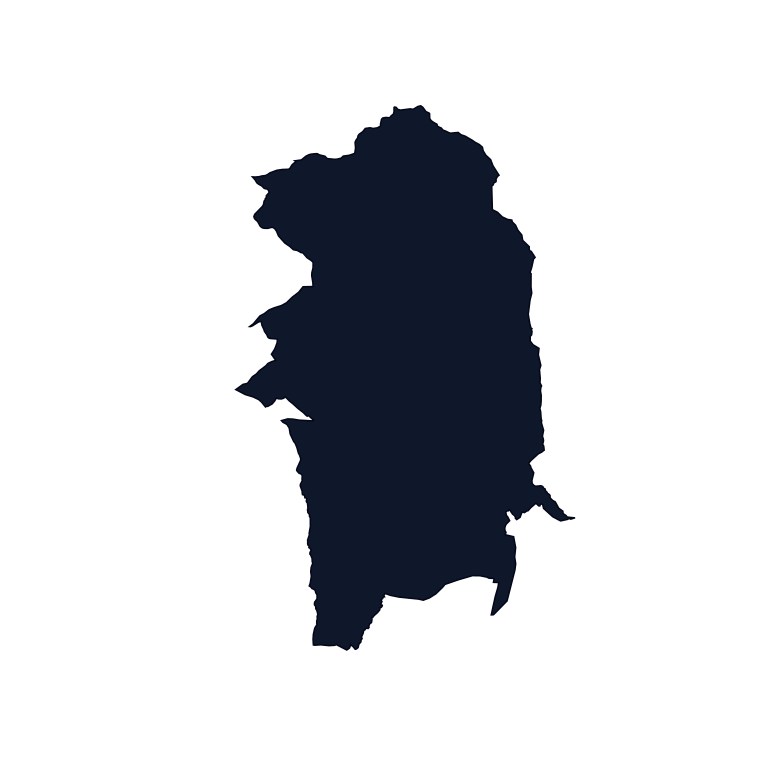 outline of Garbova, Alba, Romania, rotated 131°
{"feature_id": "2599482B63039671608561", "entity_name": "Garbova", "entity_type": "district", "adm_level": 2, "iso_a3": "ROU", "parent_name": "Romania", "parent_adm1": "Alba", "projection": "robinson", "projection_center": [23.722, 45.855], "detail": "fine", "context": "isolated", "style": "filled", "palette": "ink", "viewbox_px": 768, "rotation_deg": 131, "n_neighbors": 0, "source": "geoboundaries", "source_scale": "gbopen_adm2", "svg_char_len": 6171}
<svg xmlns="http://www.w3.org/2000/svg" viewBox="0 0 768 768"><g transform="rotate(131 384 384)"><path d="M485.5,492.2L483.0,481.8L479.6,474.2L478.0,468.4L478.0,464.6L479.1,458.4L478.3,458.2L477.1,457.0L472.3,455.3L468.3,455.4L465.2,456.0L464.5,454.0L462.6,451.6L460.6,450.4L458.4,450.0L458.9,444.2L458.7,439.7L458.9,432.9L458.5,426.2L458.8,422.4L458.7,420.8L457.5,420.5L457.4,419.8L457.5,414.9L457.8,413.4L458.7,413.7L466.9,424.3L470.3,429.8L473.5,433.8L478.9,437.4L479.2,435.2L478.2,430.8L479.4,426.7L483.3,422.0L486.7,414.3L487.0,412.2L489.0,408.2L492.4,403.1L493.0,401.3L494.7,398.3L496.2,396.9L504.3,394.5L506.3,393.5L506.8,392.3L507.1,389.4L506.4,388.0L506.6,385.8L509.8,383.3L510.4,382.4L514.8,381.2L515.9,380.3L518.4,375.8L521.0,373.0L520.2,371.1L521.8,368.9L520.9,367.8L520.9,367.4L521.6,366.7L523.1,366.1L523.8,365.2L524.2,363.5L527.8,359.8L529.3,359.2L529.5,358.6L530.8,357.4L531.3,355.8L531.3,354.6L532.7,353.6L533.5,351.7L539.9,346.1L545.9,342.5L546.6,341.5L552.1,339.2L553.0,338.1L554.3,337.2L555.4,335.9L555.6,334.1L556.8,333.3L556.6,331.9L557.1,330.3L557.9,329.7L559.6,329.4L561.0,328.4L561.1,327.3L562.8,323.9L565.2,321.6L566.0,320.2L570.1,318.7L573.7,316.2L576.8,312.7L582.6,309.1L585.5,307.9L585.2,306.3L585.6,304.1L585.1,302.8L584.9,300.6L586.4,298.4L587.1,296.2L590.1,293.6L594.2,293.2L595.6,292.3L596.4,291.4L596.6,289.7L598.4,288.0L598.9,286.2L601.3,282.8L603.3,282.0L605.3,280.0L606.6,279.6L608.8,277.8L609.3,276.9L613.7,276.1L619.1,273.2L623.2,270.1L627.3,266.1L626.5,264.8L622.4,260.7L617.6,253.9L613.5,249.7L612.0,249.1L609.2,237.6L606.0,236.8L602.7,238.0L602.9,237.3L602.5,236.5L602.5,235.1L603.1,231.7L602.2,231.0L599.9,230.6L597.0,232.2L593.9,232.2L591.9,233.5L590.6,233.4L589.7,235.0L585.8,236.2L583.4,237.6L582.0,237.1L580.6,237.3L579.5,236.7L579.0,235.6L578.2,235.5L577.3,235.7L576.8,236.6L574.1,237.5L573.0,237.0L571.8,237.1L569.5,238.7L568.4,240.0L567.6,239.4L565.3,239.5L560.8,238.9L557.4,239.0L555.4,240.2L554.4,239.5L553.0,239.6L552.3,239.9L552.1,240.5L552.9,241.2L552.8,241.7L549.4,242.9L549.2,244.1L548.6,244.6L548.0,244.7L547.1,244.2L545.2,244.8L544.3,244.0L543.9,245.3L541.4,245.8L539.3,240.5L535.0,232.9L523.6,216.7L521.4,212.5L515.7,209.4L508.4,207.2L499.2,206.4L495.2,206.5L482.9,199.4L470.6,191.5L465.7,185.7L462.3,179.7L461.7,177.4L459.1,174.0L458.8,173.1L461.9,171.3L458.6,167.2L462.8,164.6L471.4,160.6L487.9,151.6L486.5,150.1L485.4,149.9L467.0,148.8L438.4,163.2L433.2,166.7L428.8,171.9L421.1,177.3L414.2,186.0L418.2,193.6L415.9,194.6L415.2,196.6L413.5,198.3L411.5,199.3L409.6,199.8L404.7,199.5L403.1,203.5L402.9,205.2L401.1,207.8L399.0,208.1L398.5,207.1L396.5,206.9L397.9,201.5L397.7,199.4L398.3,197.4L399.1,196.9L399.3,194.9L395.4,193.8L390.1,195.8L388.9,193.6L386.2,192.9L385.1,192.1L381.2,192.1L374.3,191.1L374.5,187.3L373.8,186.4L372.1,187.1L371.2,186.5L371.0,185.0L373.2,182.0L373.5,169.6L371.5,160.9L365.7,156.6L364.1,156.1L363.5,154.4L359.7,152.0L364.2,158.4L363.8,160.5L364.3,163.8L362.6,165.6L363.1,170.7L360.6,177.4L361.2,180.3L361.0,183.4L360.6,184.3L359.3,185.4L358.9,186.6L359.2,188.6L358.6,190.7L358.9,191.3L357.5,193.8L357.8,194.1L357.8,195.2L357.2,197.0L357.8,198.8L361.6,202.4L362.2,204.0L361.9,206.9L359.7,209.1L352.8,212.7L350.7,218.3L349.8,219.5L349.2,222.2L348.4,222.8L345.3,222.9L335.4,221.7L332.3,220.4L328.8,219.7L326.0,222.8L325.4,224.7L322.4,226.2L321.2,227.4L319.4,230.2L314.2,233.2L310.1,239.6L307.8,241.3L307.5,242.2L302.2,247.5L300.1,250.4L297.0,251.8L293.9,254.1L289.5,257.8L286.5,261.4L283.6,263.4L282.1,263.8L280.7,267.1L277.2,269.8L271.1,276.1L267.1,277.8L260.7,286.7L255.4,290.4L256.6,297.4L255.6,301.9L252.0,304.9L250.1,304.8L247.3,306.7L245.9,308.8L245.2,308.7L245.2,310.0L242.9,313.4L236.7,320.9L225.1,328.7L218.5,332.1L214.2,336.8L204.2,345.4L204.2,346.8L199.3,348.9L191.6,353.1L189.3,353.0L187.3,359.9L187.9,360.7L187.1,362.8L185.1,364.4L184.6,373.5L181.1,377.8L180.1,383.8L177.8,389.0L177.5,393.5L176.4,395.1L178.7,398.7L180.3,404.4L179.9,411.0L181.3,416.6L164.0,432.5L162.2,432.2L159.9,433.0L158.1,432.2L157.2,432.5L155.9,433.9L152.7,434.5L151.0,434.1L147.8,444.9L144.7,450.7L144.5,457.2L142.9,462.2L140.7,465.1L140.7,469.0L141.8,473.9L142.1,477.2L143.7,485.4L145.3,489.3L145.5,493.1L151.0,498.3L151.7,499.7L152.5,502.9L153.7,506.2L153.2,508.6L154.3,512.1L154.0,513.4L153.2,514.4L154.0,518.1L154.3,521.2L153.6,523.7L150.0,527.0L149.9,527.8L150.9,531.0L149.7,536.0L149.9,538.8L152.3,540.5L157.5,542.2L159.2,544.8L166.6,551.4L167.7,554.0L167.2,556.1L167.9,557.7L168.7,557.9L171.9,555.1L174.1,554.0L176.6,554.5L179.5,554.5L181.4,557.3L183.9,559.4L184.7,559.6L185.9,559.5L190.1,557.2L191.3,556.0L192.0,556.0L195.0,557.1L198.2,559.8L199.8,562.7L203.4,565.8L207.5,565.6L211.7,566.6L213.5,566.5L215.8,565.3L218.4,565.1L220.6,564.4L224.6,560.3L228.8,557.6L229.7,557.7L234.3,560.4L238.7,564.3L241.8,564.6L245.1,567.0L246.8,568.7L250.9,574.4L251.1,575.4L250.8,578.0L253.5,583.2L253.8,585.1L254.5,586.2L258.4,589.9L260.2,591.1L263.3,592.4L269.1,593.4L273.9,597.6L273.7,596.8L273.9,596.5L278.9,597.2L283.1,596.5L284.6,597.0L288.8,601.5L293.0,605.1L299.4,608.6L302.6,609.4L304.6,610.4L307.5,613.0L309.0,613.9L312.0,616.7L314.0,619.2L314.5,615.4L315.6,611.9L315.5,609.7L314.7,606.2L315.0,602.7L313.3,599.5L314.5,596.4L319.3,596.3L320.2,595.2L322.1,595.2L323.1,594.5L324.6,594.5L327.6,592.7L329.8,592.3L340.7,592.9L343.0,592.1L343.9,590.7L344.3,589.0L344.3,586.0L346.2,580.8L346.0,578.3L345.1,576.6L342.8,573.8L339.8,571.8L338.6,570.3L338.5,568.2L339.1,565.6L341.5,560.7L342.7,551.2L342.0,545.5L342.1,540.5L340.1,537.0L339.3,532.9L338.3,531.3L339.2,524.8L338.6,520.5L338.6,517.8L339.2,516.9L343.0,513.7L347.3,511.5L349.7,509.6L354.1,504.3L357.0,501.5L363.7,508.9L370.8,508.6L378.6,510.2L386.7,510.9L392.1,512.9L398.6,516.9L403.6,519.4L409.4,520.5L414.0,522.3L424.2,522.1L428.8,523.1L428.3,522.4L426.6,521.5L419.6,519.4L418.2,518.5L417.7,517.7L417.8,517.0L419.7,514.8L421.8,510.1L422.7,508.8L423.6,505.0L424.9,502.2L424.8,500.7L424.1,499.4L420.2,494.2L421.2,493.0L423.1,491.7L427.4,490.1L429.4,489.4L435.4,488.5L437.2,481.2L440.5,483.3L444.6,485.1L447.7,485.1L455.6,486.8L460.3,486.9L464.7,488.1L473.1,487.5L476.8,490.2L485.5,492.2Z" fill="#0f172a" stroke="#020617" stroke-width="1.5"/></g></svg>